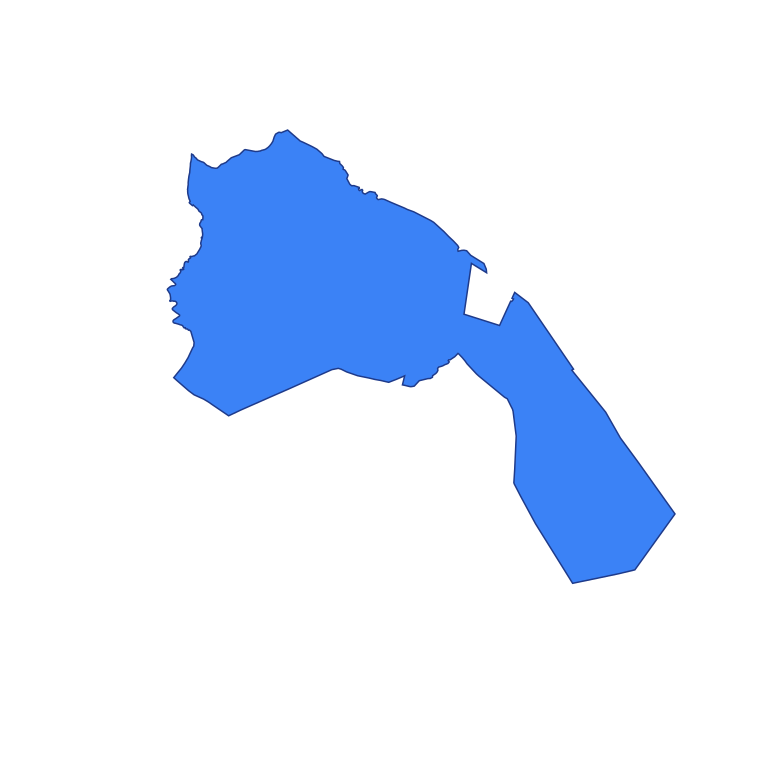 San Antonio, San Luis Potosí, Mexico (Natural Earth projection), rotated 53°
{"feature_id": "50627088B33273723403959", "entity_name": "San Antonio", "entity_type": "district", "adm_level": 2, "iso_a3": "MEX", "parent_name": "Mexico", "parent_adm1": "San Luis Potosí", "projection": "natural_earth1", "projection_center": [-98.884, 21.619], "detail": "fine", "context": "isolated", "style": "filled", "palette": "blue", "viewbox_px": 768, "rotation_deg": 53, "n_neighbors": 0, "source": "geoboundaries", "source_scale": "gbopen_adm2", "svg_char_len": 6117}
<svg xmlns="http://www.w3.org/2000/svg" viewBox="0 0 768 768"><g transform="rotate(53 384 384)"><path d="M676.8,310.7L683.4,295.5L662.9,229.8L600.8,228.1L569.3,227.7L539.9,223.9L486.0,225.7L486.2,223.7L405.9,219.9L389.5,224.5L392.6,230.2L394.0,229.4L394.7,230.9L394.8,232.0L394.9,232.4L394.1,233.0L406.8,256.5L376.4,278.1L340.3,241.6L356.9,235.1L353.8,233.2L347.9,231.7L333.4,237.3L327.3,237.8L325.3,239.6L324.0,241.6L322.6,244.9L321.0,244.2L319.9,242.1L317.7,241.8L311.5,242.5L305.1,243.6L298.5,244.4L292.2,245.6L286.9,246.6L284.8,247.0L281.5,248.3L264.4,256.6L258.7,260.3L255.9,261.7L243.0,269.2L237.7,272.1L237.0,272.5L236.2,273.1L235.5,273.8L234.9,274.3L234.5,274.9L234.0,276.1L233.6,276.8L233.4,277.4L233.0,277.8L232.4,277.9L231.7,278.0L230.9,277.9L230.7,277.8L229.8,276.4L229.8,276.2L229.5,276.0L228.9,276.0L226.7,276.2L225.9,275.9L225.6,275.9L224.4,277.0L222.5,278.7L221.8,279.5L221.5,280.6L221.0,284.7L219.3,285.8L217.4,285.7L216.4,284.4L215.4,284.5L215.0,285.8L214.8,287.1L214.3,287.3L213.4,287.2L212.7,286.8L212.9,285.9L212.0,285.5L207.5,288.6L206.2,290.5L204.0,291.1L197.6,290.1L196.6,288.5L195.5,286.9L192.3,286.6L190.0,286.4L188.9,286.8L188.0,287.4L187.2,286.7L186.6,286.1L184.7,286.1L181.3,286.6L179.5,285.6L178.2,287.0L175.5,289.2L166.2,294.9L162.8,294.9L161.2,295.2L156.1,296.3L152.5,297.9L150.8,298.7L149.2,299.5L142.1,303.2L139.5,304.7L123.2,308.1L121.4,314.9L120.3,315.7L119.6,316.7L119.2,320.2L120.7,323.1L123.3,326.7L124.3,329.3L125.0,332.0L125.3,334.3L125.2,337.5L124.5,339.4L123.8,341.0L123.4,342.7L122.9,343.5L122.3,344.8L120.9,346.8L113.9,353.2L113.2,353.9L113.0,354.8L113.8,361.6L111.4,369.8L111.8,375.6L112.0,376.5L111.2,380.2L110.6,381.7L111.0,384.4L111.2,386.3L111.2,387.3L110.2,388.9L107.4,391.5L105.3,392.4L102.7,393.9L98.8,394.6L98.1,394.9L96.3,396.2L92.7,398.1L90.7,398.1L88.5,398.7L87.0,398.5L85.9,398.6L84.6,399.3L85.4,400.1L87.4,401.5L88.8,402.9L90.0,404.2L91.2,405.7L93.4,407.5L95.7,409.7L98.2,411.9L100.5,414.6L102.4,416.5L104.0,418.0L105.3,419.2L107.2,420.6L107.8,421.3L109.1,422.5L109.7,423.1L110.0,423.4L110.5,423.9L111.2,424.2L111.9,424.8L112.8,425.4L113.4,425.8L114.1,426.2L114.5,426.4L115.4,426.8L116.4,427.2L117.2,427.6L118.1,428.0L118.8,428.2L119.2,428.4L119.6,428.4L120.0,428.5L120.4,428.5L120.6,428.7L121.2,428.9L121.6,429.0L121.7,429.8L122.0,430.4L122.7,430.4L124.1,430.1L126.3,429.6L126.3,428.6L126.7,428.7L128.0,428.2L129.2,428.1L130.7,427.7L131.9,427.5L132.3,427.4L132.7,427.4L133.3,427.5L134.1,427.7L134.7,427.7L135.2,427.6L136.1,427.3L136.8,427.1L137.6,427.0L138.1,427.1L138.7,427.4L139.4,427.6L140.3,427.4L141.1,427.7L141.9,428.3L142.6,428.9L143.2,429.4L143.7,429.9L143.4,430.2L143.1,430.8L143.2,431.4L143.7,432.0L144.1,432.4L144.8,434.2L145.2,434.8L146.0,435.5L146.5,435.7L147.5,435.8L148.8,435.8L150.0,435.8L150.3,435.7L151.0,436.2L153.2,437.5L154.7,438.3L155.8,439.1L156.2,439.5L156.9,440.2L157.4,440.7L157.0,441.1L157.1,441.7L157.4,442.0L158.2,441.7L159.1,443.0L159.7,443.8L160.4,444.6L161.0,445.4L161.8,446.0L162.6,446.3L163.1,446.5L163.6,446.8L164.0,447.3L164.4,448.0L165.5,450.2L165.9,451.2L166.8,453.5L167.3,454.7L167.5,455.2L167.5,455.6L167.5,456.5L167.6,458.2L167.1,459.1L166.8,460.0L166.5,460.7L166.4,460.9L166.1,461.2L165.7,461.6L165.5,461.9L165.5,462.2L165.7,462.4L165.9,462.5L166.6,462.6L166.8,462.6L166.9,463.2L166.7,464.8L166.8,465.0L166.9,465.3L167.2,465.6L167.4,465.7L167.9,466.0L168.3,466.3L168.6,466.6L168.8,467.0L168.7,467.2L168.3,467.4L167.8,467.7L167.4,467.9L167.0,468.4L166.9,469.0L166.9,469.3L167.0,469.7L167.1,470.1L167.8,471.1L168.6,471.9L169.5,472.8L170.1,473.4L170.4,473.7L170.5,474.1L170.2,474.4L170.0,474.5L170.0,474.8L170.3,475.0L170.7,474.9L171.0,474.7L171.2,474.8L171.5,474.8L171.8,474.9L171.8,475.0L171.8,475.3L171.7,475.8L171.4,476.3L171.1,476.4L170.5,476.9L170.2,477.5L170.1,477.8L170.3,478.1L170.6,478.3L170.8,478.2L171.0,478.1L171.4,478.1L171.6,478.5L172.0,478.9L172.4,479.6L172.6,480.1L172.7,481.2L173.2,482.3L173.6,483.0L173.7,483.7L173.7,484.4L173.9,485.1L173.9,485.6L173.6,486.6L173.4,487.9L172.8,489.0L172.4,489.8L172.0,490.3L172.1,491.3L174.3,490.9L176.4,490.6L178.5,490.2L179.2,490.5L179.4,491.1L179.3,492.2L178.6,493.4L178.0,494.4L177.7,495.6L177.6,496.9L177.7,498.3L177.8,499.6L178.3,500.3L179.2,500.4L180.0,500.4L181.6,500.6L182.8,500.7L183.9,501.0L184.8,501.5L186.3,502.3L187.2,502.9L188.1,503.6L188.4,504.4L188.5,504.9L188.9,505.1L189.3,505.0L189.6,504.1L190.6,502.6L191.5,502.0L192.0,501.1L193.2,500.6L194.3,500.6L195.2,501.0L195.7,501.7L196.0,502.9L196.0,504.2L195.9,505.5L196.1,506.8L196.3,507.6L196.7,507.9L197.1,508.1L197.7,508.1L199.3,507.7L201.6,507.1L202.6,506.8L203.8,506.3L205.5,505.8L205.8,505.7L206.2,505.9L206.5,506.2L206.6,506.6L206.5,508.9L206.5,510.7L206.3,512.5L206.3,513.6L206.4,514.0L206.6,514.4L207.1,514.9L207.6,515.1L208.2,515.2L209.3,514.7L210.0,514.0L212.4,512.2L214.1,511.1L215.3,510.1L216.4,509.7L216.8,509.8L217.2,509.9L218.1,509.9L218.7,509.9L219.3,509.0L219.5,508.8L219.9,509.2L220.1,509.3L220.3,509.3L220.6,509.1L221.0,508.8L221.3,508.5L221.9,507.8L223.3,507.8L223.9,506.9L225.7,506.6L236.6,510.7L239.3,513.2L240.0,515.1L243.5,521.7L245.0,524.5L247.4,530.4L249.4,536.1L251.0,542.6L252.4,548.1L256.1,547.4L271.7,544.1L278.3,542.2L287.4,537.2L292.8,535.0L297.1,533.6L315.9,527.2L318.6,514.1L325.0,486.8L326.1,482.1L330.6,463.2L341.0,417.7L341.2,416.9L344.0,411.1L346.4,409.3L351.8,406.6L361.5,400.1L370.2,392.4L374.8,388.6L379.3,384.4L383.4,381.0L385.5,379.2L387.7,371.4L389.9,362.6L395.8,369.8L398.1,367.8L401.3,365.2L402.3,364.2L402.7,363.5L403.3,362.4L403.9,361.1L402.6,353.8L402.7,353.6L406.1,345.7L407.4,343.8L407.8,341.3L406.6,340.1L406.7,338.2L406.8,336.4L406.5,334.8L406.3,334.2L405.6,332.8L404.2,332.0L403.8,331.8L403.4,330.1L404.5,327.3L404.9,325.9L405.2,323.7L405.8,321.8L406.1,320.5L405.6,318.6L404.0,318.7L403.6,317.9L404.5,316.5L404.6,314.4L404.8,311.1L404.1,306.5L405.1,306.2L410.1,305.6L414.3,305.4L417.9,305.5L431.5,304.1L434.7,303.5L466.7,295.8L467.8,295.4L470.0,294.4L478.8,296.1L481.3,296.5L483.4,297.3L505.2,309.8L530.6,330.8L541.0,339.7L542.1,340.1L556.2,342.5L586.8,347.1L656.7,353.3L676.8,310.7Z" fill="#3b82f6" stroke="#1e3a8a" stroke-width="1.5"/></g></svg>